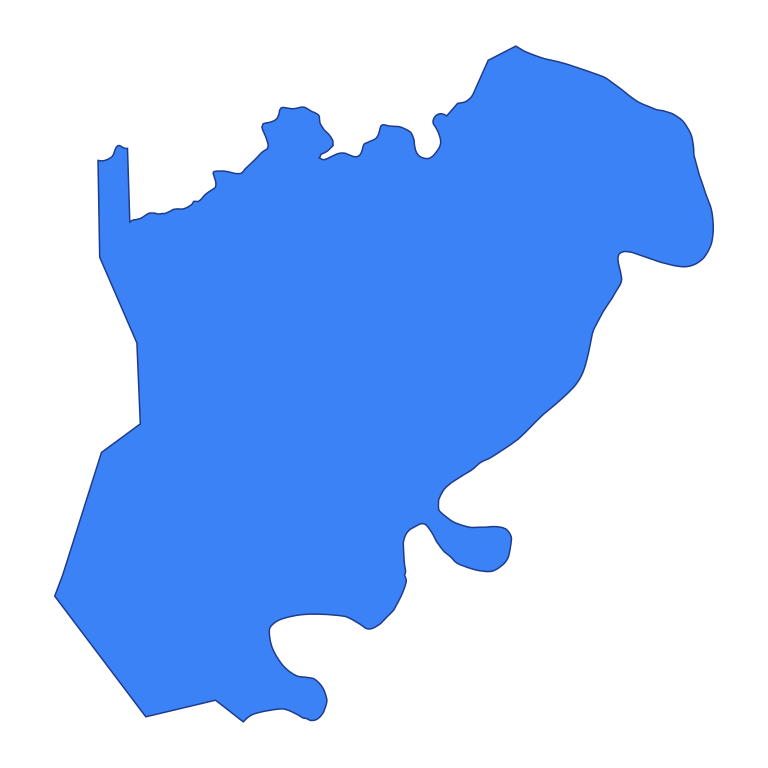 outline of San Manuel, Cortés, Honduras
{"feature_id": "27666195B93491027211902", "entity_name": "San Manuel", "entity_type": "district", "adm_level": 2, "iso_a3": "HND", "parent_name": "Honduras", "parent_adm1": "Cortés", "projection": "albers", "projection_center": [-87.892, 15.375], "detail": "fine", "context": "isolated", "style": "filled", "palette": "blue", "viewbox_px": 768, "rotation_deg": 0, "n_neighbors": 0, "source": "geoboundaries", "source_scale": "gbopen_adm2", "svg_char_len": 6107}
<svg xmlns="http://www.w3.org/2000/svg" viewBox="0 0 768 768"><path d="M243.3,721.9L246.4,718.7L248.5,716.9L251.2,715.2L254.1,713.9L258.5,712.6L264.1,711.3L273.7,709.7L279.3,709.0L282.0,708.9L283.7,709.0L285.8,709.5L288.4,710.3L291.4,711.6L295.5,713.6L298.7,715.3L302.6,717.8L303.5,718.1L305.2,718.3L306.6,718.6L309.3,720.0L310.8,720.4L311.8,720.5L313.6,720.4L316.0,719.8L318.3,718.4L320.4,716.5L323.0,713.0L323.9,711.3L325.8,706.0L326.6,702.9L326.9,701.2L326.8,699.3L325.8,695.2L324.3,690.8L322.8,687.9L321.2,685.5L318.8,682.7L316.6,680.7L314.4,679.0L313.0,678.4L310.5,677.9L306.2,677.3L299.5,676.7L297.9,676.3L296.1,675.6L293.1,674.0L289.5,671.6L286.2,668.8L282.6,665.1L280.0,661.7L276.4,656.2L273.6,650.9L271.9,646.9L270.4,641.5L269.4,634.6L269.3,630.5L269.6,628.7L270.0,627.6L270.9,626.3L272.1,624.9L275.0,622.4L278.4,620.3L282.0,618.9L288.4,617.0L296.2,615.4L301.5,614.7L308.9,614.1L317.1,614.1L327.3,614.5L339.0,615.5L345.2,616.4L348.1,617.5L352.0,619.4L359.4,623.8L362.7,626.1L365.2,628.0L366.3,628.5L367.8,628.9L370.1,629.0L372.7,628.3L375.7,626.8L379.9,624.1L381.2,623.0L386.8,617.1L392.0,612.0L393.9,609.8L397.4,603.4L400.7,597.0L403.1,591.5L404.8,586.9L406.1,582.4L406.3,580.7L405.8,578.2L404.5,575.1L405.4,572.9L405.6,570.8L404.7,565.9L404.1,560.0L403.5,549.2L403.3,542.6L404.4,537.9L405.6,534.9L406.7,533.1L408.1,531.3L409.6,529.8L410.8,528.9L419.4,524.3L420.4,523.9L421.8,523.7L423.3,523.7L424.6,524.1L425.7,524.6L427.8,526.8L430.8,531.0L433.5,535.5L435.7,540.0L436.6,541.7L441.4,548.3L444.2,551.7L450.1,556.4L452.3,558.6L454.9,561.5L456.8,563.0L459.5,564.5L467.6,567.5L474.7,569.7L478.8,570.6L486.0,571.5L489.3,571.5L491.1,571.4L492.9,571.0L494.7,570.2L496.8,569.2L498.9,567.8L502.8,564.8L504.7,562.9L506.0,561.3L507.8,558.3L508.9,555.2L509.9,550.4L510.9,544.3L511.5,538.8L511.2,536.7L510.3,534.4L508.8,532.0L507.0,529.9L505.5,528.8L502.5,527.6L500.6,527.2L496.3,526.6L492.0,526.6L485.4,527.2L480.5,527.2L473.1,527.5L470.7,527.4L467.1,526.7L462.5,525.4L459.1,524.3L455.5,522.9L452.3,521.3L450.0,519.8L443.6,514.8L440.2,511.8L439.4,510.8L438.7,509.3L438.4,506.1L438.6,500.4L439.1,498.7L440.8,494.9L443.7,489.8L446.3,487.0L451.3,482.7L463.5,474.9L471.0,470.5L474.2,468.0L478.3,464.2L480.8,462.3L483.9,460.7L488.8,458.7L494.9,455.0L510.0,445.1L518.2,439.1L520.8,436.7L524.9,432.8L536.1,421.4L543.3,414.4L556.3,403.6L561.8,398.7L567.6,393.4L573.7,387.2L576.6,383.5L579.4,379.3L581.9,374.7L583.2,371.7L585.1,366.2L586.5,361.0L588.7,352.1L592.3,333.9L593.0,331.6L594.0,328.9L597.5,322.2L603.1,311.7L608.4,303.6L612.3,297.9L615.6,292.0L619.5,285.8L620.5,283.8L621.1,282.2L621.6,279.9L621.5,277.4L620.5,272.0L618.4,263.3L618.0,259.7L618.0,257.6L618.3,255.8L618.8,254.5L619.7,253.5L621.6,252.3L623.9,251.6L625.8,251.5L630.8,252.1L632.7,252.6L660.1,262.1L673.5,265.5L679.1,266.4L683.4,266.8L686.6,266.6L690.3,266.0L693.5,264.9L696.3,263.6L699.3,261.7L702.4,259.2L704.2,257.3L706.2,254.4L708.5,250.5L710.7,245.6L711.8,242.1L712.6,237.4L713.2,231.4L713.3,225.9L712.8,218.7L712.3,214.5L711.6,210.6L710.5,206.3L705.7,193.8L701.8,181.9L699.5,175.7L694.7,158.0L694.0,155.4L693.8,153.8L693.7,149.1L693.3,145.1L692.3,138.8L691.4,135.5L690.4,133.1L689.0,130.3L685.5,124.5L683.1,121.3L680.1,118.6L675.1,115.2L672.8,113.9L670.6,113.0L664.0,111.0L661.6,110.5L658.0,110.0L656.0,109.5L642.9,104.2L639.0,102.4L636.2,100.7L632.1,97.8L628.1,94.8L621.5,89.4L607.3,79.0L605.2,77.7L603.1,76.7L599.2,75.2L589.9,71.9L569.8,65.1L565.3,63.7L556.3,61.3L544.8,58.8L538.1,56.6L530.6,53.8L525.2,51.6L522.9,50.4L515.8,46.1L488.2,60.3L472.9,94.6L471.3,96.9L469.8,98.6L467.7,100.3L465.4,101.8L462.6,102.6L457.6,103.4L446.7,115.9L445.1,114.9L443.5,114.2L441.8,113.8L440.3,113.7L438.7,114.1L437.3,114.6L436.1,115.5L434.8,116.9L433.8,118.4L433.1,120.5L433.0,121.7L433.2,123.3L433.7,124.5L435.3,126.7L436.7,129.1L438.5,132.9L439.9,137.2L440.4,139.1L440.7,141.5L440.6,143.5L440.1,145.6L439.0,148.0L437.4,150.5L435.4,153.2L433.8,155.1L432.3,156.5L430.6,157.7L428.8,158.4L427.6,158.6L425.4,158.5L422.2,157.6L420.7,157.0L419.8,156.4L418.5,155.3L417.5,154.1L416.2,151.8L415.3,149.3L414.5,145.1L414.1,140.4L413.6,138.5L412.5,135.5L411.6,133.8L410.8,132.5L409.7,131.5L407.3,130.0L404.4,128.6L401.9,127.5L399.8,126.8L397.7,126.5L393.0,126.3L388.1,125.9L385.3,125.0L383.7,124.8L382.8,124.8L382.0,125.1L381.3,125.6L380.7,126.3L378.6,134.1L377.4,136.5L376.1,138.2L375.2,138.9L374.1,139.6L364.8,143.6L364.2,144.0L363.1,146.2L362.3,149.8L361.1,153.0L360.0,154.8L358.5,156.1L356.6,156.7L354.0,156.7L348.2,154.5L345.4,153.3L343.0,153.0L340.3,153.1L338.2,153.6L336.1,154.3L326.4,159.0L324.1,159.7L322.7,159.6L319.2,157.9L320.4,156.2L320.5,154.9L322.0,153.8L324.6,152.7L327.8,150.8L333.1,145.6L332.9,141.0L331.0,137.2L327.9,133.4L324.3,130.1L321.0,125.1L320.0,123.1L319.5,119.4L319.4,116.6L318.4,114.8L315.0,112.7L311.7,111.5L309.3,109.9L305.4,107.6L303.6,107.1L300.6,107.2L296.5,108.3L294.8,108.6L291.4,108.7L283.2,107.4L281.0,108.0L279.7,110.1L279.0,114.0L277.2,118.3L274.4,120.6L270.8,122.0L267.9,122.7L266.1,122.9L263.2,123.7L261.9,127.2L262.6,129.7L265.9,137.2L267.8,143.2L268.3,145.7L267.1,149.1L264.3,150.6L261.7,152.5L254.6,160.0L245.5,168.5L243.5,171.2L242.1,172.6L240.9,173.3L240.2,173.6L237.0,173.6L234.6,173.4L228.0,171.7L223.6,171.0L217.3,171.1L214.2,171.5L213.4,172.2L213.2,173.4L215.8,182.0L215.9,184.8L215.4,187.4L214.5,188.2L208.7,191.9L205.8,194.1L204.3,195.5L201.0,199.4L199.2,200.9L198.5,201.3L197.5,201.5L195.0,201.3L193.8,201.4L193.1,202.3L192.3,203.8L191.1,205.0L187.6,207.2L184.4,208.6L181.9,209.1L177.5,208.9L173.9,209.3L172.7,209.7L171.2,210.7L166.5,212.9L164.0,213.7L162.5,213.4L160.2,213.9L158.3,214.0L157.3,213.9L155.5,213.3L154.3,213.1L151.7,213.0L149.2,213.1L147.1,214.2L140.9,218.3L135.8,219.7L133.3,219.9L131.2,221.0L129.8,222.1L127.5,148.4L126.1,148.4L124.4,148.2L122.8,147.5L120.9,146.2L120.1,145.8L119.0,145.5L117.9,145.7L117.0,146.4L116.1,147.5L115.0,150.0L113.8,153.5L113.1,155.0L112.0,156.6L110.8,157.6L107.9,159.3L104.0,160.7L101.4,160.9L98.0,160.4L99.7,257.2L136.9,343.0L140.3,423.9L101.5,452.4L62.7,575.0L54.7,596.1L145.8,716.8L215.5,700.2L243.3,721.9Z" fill="#3b82f6" stroke="#1e3a8a" stroke-width="1.5"/></svg>